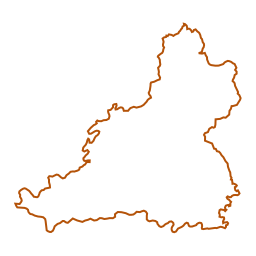 Corumbaíba, Goiás, Brazil
{"feature_id": "56859067B1207284648191", "entity_name": "Corumbaíba", "entity_type": "district", "adm_level": 2, "iso_a3": "BRA", "parent_name": "Brazil", "parent_adm1": "Goiás", "projection": "mercator", "projection_center": [-48.545, -18.11], "detail": "fine", "context": "isolated", "style": "outline", "palette": "amber", "viewbox_px": 256, "rotation_deg": 0, "n_neighbors": 0, "source": "geoboundaries", "source_scale": "gbopen_adm2", "svg_char_len": 5384}
<svg xmlns="http://www.w3.org/2000/svg" viewBox="0 0 256 256"><path d="M225.0,228.2L226.0,226.9L226.0,225.3L227.5,224.8L228.1,223.2L227.1,222.1L225.6,222.4L224.2,222.5L223.2,223.1L223.0,221.6L223.4,220.4L224.2,219.0L224.0,217.5L222.5,217.1L221.2,217.3L219.5,216.7L219.8,215.4L219.6,214.1L219.0,213.0L219.3,211.8L219.6,210.2L220.8,209.4L222.2,209.7L224.0,210.0L225.2,211.1L226.4,209.8L225.3,209.0L225.0,207.4L225.8,205.7L227.4,205.1L228.8,204.9L229.0,206.2L230.3,205.8L230.4,204.6L230.3,203.3L231.1,201.9L230.2,201.1L229.2,199.9L228.2,199.3L227.3,198.6L226.7,197.3L227.6,196.4L229.6,197.2L231.0,197.1L232.0,195.9L233.6,195.1L235.0,195.0L236.2,195.0L237.3,195.2L238.5,194.7L239.5,193.4L238.7,191.8L237.9,190.4L236.8,191.2L235.4,190.2L234.9,188.5L234.9,187.1L236.2,186.6L236.8,185.5L235.9,184.6L234.9,184.1L233.6,183.6L232.5,183.8L232.3,181.8L232.0,179.8L230.9,179.5L231.5,177.7L230.6,176.3L230.2,172.3L229.4,170.8L228.0,166.8L227.6,163.5L225.5,161.1L223.4,157.2L221.6,155.3L220.3,153.1L219.0,151.7L216.9,151.2L215.8,148.9L214.1,148.7L212.1,143.5L205.0,140.7L205.1,136.7L204.0,134.9L204.9,133.2L207.9,132.1L209.3,128.8L212.0,127.1L213.6,127.7L214.8,127.1L215.4,124.8L215.6,119.3L220.1,118.9L223.4,117.4L225.7,117.7L229.2,114.6L229.5,110.8L230.9,108.8L231.6,106.1L233.0,106.0L235.2,105.4L236.9,104.9L240.1,99.7L240.6,98.1L239.3,95.1L237.7,93.6L238.1,92.1L235.1,85.9L234.6,83.2L234.0,82.3L232.6,81.1L232.9,79.7L234.1,77.6L234.7,75.0L236.6,73.7L236.6,71.6L235.1,69.9L236.4,67.8L234.6,64.0L233.1,63.4L231.2,61.9L229.1,61.1L227.7,60.9L225.5,61.9L224.6,62.5L223.2,64.1L218.7,65.6L215.4,65.7L211.2,65.1L209.7,64.4L208.7,63.4L207.1,59.5L207.0,57.2L205.8,55.4L204.8,52.9L202.1,53.6L198.7,53.2L201.8,52.0L202.8,48.4L203.6,47.4L204.1,45.2L203.9,43.8L202.7,42.1L202.0,39.1L201.1,38.2L200.7,37.1L200.3,35.2L199.4,33.2L198.6,32.3L197.4,31.5L195.6,29.4L193.9,30.0L193.2,31.5L191.9,32.0L191.0,30.2L189.6,28.8L188.5,28.7L187.2,29.1L187.1,27.6L186.7,25.7L185.0,24.1L183.9,23.8L184.2,25.6L182.6,26.5L182.0,28.4L181.1,29.2L180.1,30.9L179.1,31.7L178.4,33.3L176.9,33.9L175.0,34.7L173.4,35.9L171.6,34.9L168.9,34.4L167.7,36.1L166.4,35.6L166.0,37.0L164.1,37.4L162.6,38.5L163.2,40.3L163.6,41.9L163.0,44.4L163.1,46.1L164.1,47.4L163.3,49.4L163.0,51.4L162.2,52.9L160.6,53.9L158.2,55.8L157.8,56.8L158.8,57.8L159.8,59.8L159.9,61.8L160.3,64.4L159.9,65.8L158.1,67.8L158.8,71.1L158.9,72.2L158.5,74.2L160.1,77.6L159.7,79.4L157.3,80.2L154.3,81.7L151.1,82.5L150.6,83.6L150.5,85.9L149.8,90.5L148.7,92.9L149.2,94.4L150.6,96.2L151.0,97.7L149.3,98.6L147.7,99.9L146.7,101.6L143.6,104.9L141.1,106.4L136.5,107.6L133.8,106.8L130.4,108.1L129.0,109.6L128.1,110.8L123.8,110.8L123.1,108.4L121.9,107.5L120.5,107.4L118.7,108.2L117.3,109.2L115.6,109.5L115.3,108.2L116.0,107.1L116.6,105.5L116.3,104.0L114.2,104.3L113.1,105.1L113.0,107.3L110.6,109.9L108.2,110.3L108.1,111.7L108.5,113.2L109.2,114.6L109.5,116.2L108.8,118.7L106.4,120.0L103.6,120.2L101.3,121.2L98.6,121.1L97.3,120.5L96.1,121.9L96.8,123.3L95.4,124.4L93.8,125.1L90.9,127.7L89.5,129.3L87.9,131.2L89.2,133.8L91.0,133.7L94.9,131.3L96.6,130.7L98.2,130.9L99.3,131.6L98.9,133.4L97.6,135.1L95.8,136.3L94.6,138.2L93.5,140.8L91.6,142.8L89.6,142.7L89.1,139.4L88.2,138.7L87.4,140.1L86.8,142.6L85.8,144.7L83.3,147.5L82.7,150.5L84.3,151.5L85.7,150.8L87.4,150.1L88.8,151.8L87.6,153.8L85.6,155.5L84.8,156.7L83.4,158.2L83.5,159.7L84.4,160.9L85.9,160.9L88.0,160.4L89.7,160.4L89.6,162.1L87.4,162.0L86.3,162.6L85.1,164.5L83.7,165.2L82.5,166.5L79.7,167.6L79.2,169.6L77.6,170.6L74.2,171.6L73.0,171.4L70.5,171.8L68.9,173.5L66.5,175.2L65.0,177.7L62.8,178.4L60.8,177.2L59.7,176.1L58.2,174.9L56.5,174.6L54.2,175.7L52.4,176.6L50.9,176.3L49.3,176.2L48.2,177.7L49.0,179.5L49.0,182.2L49.8,185.1L50.0,187.5L48.5,187.9L46.3,188.3L45.0,188.6L43.7,190.0L41.7,190.3L40.5,191.5L39.7,192.6L39.4,193.8L38.9,195.0L38.3,196.4L37.4,197.1L36.2,197.1L33.8,196.7L32.7,195.1L31.2,193.5L30.2,192.1L29.2,190.9L25.7,188.6L24.4,188.3L22.9,188.8L21.0,190.0L19.4,191.4L19.1,193.0L20.2,194.9L20.0,196.7L21.4,199.1L21.7,200.8L21.1,202.0L19.6,204.0L15.4,203.7L16.2,205.7L17.3,207.4L24.6,207.9L26.6,208.6L28.0,209.8L28.4,211.8L29.1,212.8L30.3,214.0L32.2,214.3L34.7,215.6L36.2,216.0L38.0,216.5L41.0,216.8L43.3,217.3L45.2,219.1L45.6,221.1L46.7,230.3L47.9,231.2L49.6,231.9L51.0,232.0L52.9,230.7L53.9,228.6L54.7,226.3L57.6,223.9L60.0,223.1L62.7,221.0L63.9,221.0L66.2,222.5L67.8,222.8L72.8,218.5L74.3,219.2L77.3,220.5L82.4,221.9L85.2,220.5L88.0,219.8L90.4,218.7L94.1,220.5L96.8,220.1L99.8,218.1L101.8,218.2L104.3,219.0L106.0,218.8L107.8,218.5L109.6,218.1L112.9,218.2L115.1,216.8L115.0,214.2L117.8,212.0L121.5,212.2L125.8,213.2L129.3,214.8L131.2,214.8L133.4,214.5L135.1,213.3L136.6,211.8L139.9,212.1L141.8,211.3L143.8,210.7L145.8,211.6L147.1,213.5L146.8,215.7L146.8,219.4L148.1,220.7L149.5,221.3L152.7,220.5L155.4,221.0L157.2,222.2L157.4,223.7L159.3,226.2L161.1,227.0L163.4,226.1L164.9,224.6L166.3,223.7L167.8,223.2L169.4,221.7L171.3,221.4L172.3,222.0L173.3,223.0L173.6,224.7L172.2,226.8L171.7,227.9L171.6,229.1L171.8,230.2L172.6,231.7L174.2,232.2L176.0,231.5L178.0,228.6L181.7,226.9L183.4,225.7L185.0,223.7L186.7,222.7L188.0,223.2L188.9,225.8L190.0,226.5L192.2,226.5L196.3,225.1L196.8,224.1L198.5,223.0L199.8,222.7L201.3,223.1L202.0,224.6L202.1,226.4L201.8,227.7L202.0,228.8L203.2,229.1L207.4,228.4L208.7,228.8L215.1,227.9L216.7,228.1L220.4,226.8L221.9,227.0L223.6,227.6L225.0,228.2Z" fill="none" stroke="#b45309" stroke-width="2"/></svg>